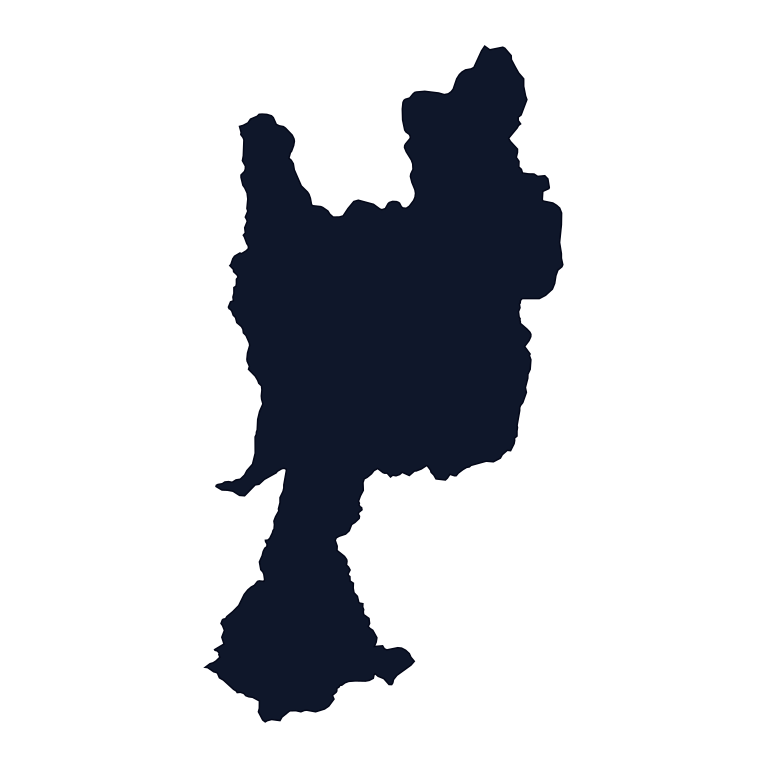 outline of Sephu, Wangdi Phodrang, Bhutan
{"feature_id": "84629894B46369829894621", "entity_name": "Sephu", "entity_type": "district", "adm_level": 2, "iso_a3": "BTN", "parent_name": "Bhutan", "parent_adm1": "Wangdi Phodrang", "projection": "mercator", "projection_center": [90.34, 27.763], "detail": "fine", "context": "isolated", "style": "filled", "palette": "ink", "viewbox_px": 768, "rotation_deg": 0, "n_neighbors": 0, "source": "geoboundaries", "source_scale": "gbopen_adm2", "svg_char_len": 6101}
<svg xmlns="http://www.w3.org/2000/svg" viewBox="0 0 768 768"><path d="M502.8,47.2L489.8,49.8L484.7,46.1L481.5,50.9L473.9,67.4L471.1,68.9L465.5,69.9L462.0,72.0L459.4,74.5L456.7,78.8L453.2,89.1L451.2,91.7L448.3,93.8L444.3,94.6L438.7,93.0L424.8,91.3L416.5,92.0L414.8,92.4L413.1,93.8L409.7,98.0L405.3,99.3L404.0,100.3L403.0,102.3L402.3,109.0L402.6,119.9L404.7,130.0L405.9,131.9L409.2,134.3L410.1,135.9L410.3,138.2L405.5,144.0L404.7,145.5L404.5,147.5L406.2,151.7L411.3,159.9L412.7,163.8L413.0,169.3L410.8,173.9L410.4,176.4L411.9,182.4L414.9,189.7L415.5,193.3L415.0,197.2L413.6,200.5L409.3,206.2L406.2,208.3L402.7,207.9L401.3,206.6L399.5,203.1L398.1,202.2L396.5,201.6L392.6,201.4L389.3,202.5L388.1,203.6L385.3,208.6L381.8,209.7L379.9,209.0L373.5,204.3L358.3,200.2L353.8,201.5L348.0,208.5L343.1,215.9L339.3,217.0L333.2,217.1L329.8,214.1L327.9,211.0L322.7,207.4L320.8,206.6L312.5,205.7L311.5,204.4L310.4,198.3L309.0,194.3L307.5,192.0L301.3,185.9L294.3,169.8L293.3,163.7L291.2,160.2L288.9,158.2L290.4,152.7L291.6,151.2L293.7,145.4L294.4,141.2L294.0,138.8L292.2,135.1L285.5,128.1L283.4,126.6L279.3,125.8L276.3,124.4L273.3,117.6L271.5,115.8L266.9,114.4L262.1,114.1L259.1,114.3L257.1,116.3L250.5,119.1L247.9,122.9L243.1,125.4L239.5,126.4L241.1,132.3L240.8,134.6L243.0,137.5L243.9,139.8L243.3,155.8L242.4,160.7L245.4,166.1L245.3,169.0L244.5,171.4L241.0,175.0L241.0,177.4L242.9,185.3L244.7,187.8L247.1,193.0L247.8,199.0L246.9,208.5L247.8,211.1L245.3,217.1L246.8,219.8L247.2,221.5L244.7,227.7L245.3,232.9L243.3,235.2L244.3,236.8L246.8,243.6L248.2,245.7L248.5,248.4L246.3,250.7L241.6,253.6L239.9,253.0L234.5,256.2L232.8,258.7L230.9,264.4L229.8,265.6L233.4,269.4L233.6,271.7L237.1,275.0L238.1,277.1L236.4,279.2L236.4,284.0L235.9,286.3L233.9,287.5L233.9,293.4L232.9,297.0L233.4,300.8L230.5,301.9L228.4,307.1L229.1,308.7L230.5,309.4L231.9,311.3L233.2,315.2L235.5,317.5L236.8,322.6L241.5,326.6L242.9,329.2L243.4,332.9L246.0,335.5L249.3,343.0L249.7,345.4L247.5,353.0L246.9,359.2L247.1,361.1L249.4,366.3L248.5,369.3L255.2,376.1L257.7,380.3L258.8,383.3L261.5,385.8L261.9,389.9L261.3,396.0L261.6,399.2L262.9,403.9L259.6,411.4L257.7,419.4L257.2,429.9L256.4,432.1L256.3,434.3L255.1,436.9L255.2,453.2L252.5,464.2L246.9,470.6L244.6,475.0L240.3,479.2L236.0,479.9L232.2,482.3L228.5,481.6L224.8,482.0L222.3,483.7L217.8,484.5L216.3,485.3L216.0,486.5L221.9,490.0L227.4,490.2L232.9,491.2L239.5,495.4L244.6,495.8L255.2,484.9L259.0,484.3L264.3,479.4L276.2,472.8L277.3,471.3L281.8,468.7L284.2,468.3L286.3,469.3L286.3,470.8L283.8,484.9L283.8,488.0L283.0,491.4L280.0,497.6L280.0,502.7L278.4,509.0L278.8,510.9L275.5,516.8L273.9,521.1L274.4,524.6L274.0,529.3L273.1,530.3L272.3,533.1L269.7,538.4L267.8,540.1L265.4,540.3L265.6,541.7L267.0,543.9L266.9,546.6L264.8,548.2L263.2,551.4L262.2,555.6L259.4,561.9L260.8,569.7L262.8,571.9L263.8,574.1L264.6,579.7L263.7,581.4L259.2,580.9L257.5,581.4L254.4,585.3L251.2,587.0L247.8,589.9L244.2,594.4L238.7,605.6L232.8,611.6L226.8,616.6L225.6,618.7L223.2,619.2L222.3,620.0L221.0,623.5L222.5,625.5L224.4,630.4L221.8,637.2L224.0,644.0L214.6,649.6L215.0,650.3L217.4,651.0L219.2,653.1L218.8,654.6L219.9,657.2L215.8,661.1L213.1,662.8L210.0,663.7L205.2,667.3L207.6,667.6L213.7,671.8L216.4,672.5L217.5,673.3L219.4,677.8L223.4,680.1L233.6,689.4L236.2,691.0L237.2,692.6L240.4,692.3L243.8,693.4L245.8,695.7L248.8,696.8L252.6,697.3L259.4,700.9L259.3,708.4L258.4,711.8L262.7,720.0L265.2,721.9L267.2,720.7L271.6,719.5L280.0,720.6L282.0,717.1L289.4,711.1L290.4,710.8L296.0,710.7L300.9,711.8L304.5,710.4L306.8,710.2L315.6,711.8L324.6,709.0L328.8,706.1L334.0,699.1L332.4,695.4L336.1,692.3L336.8,691.0L336.9,688.3L338.9,687.2L340.0,685.3L341.8,685.2L345.0,682.8L348.7,681.4L355.4,680.9L365.5,681.1L369.3,680.4L373.3,678.3L374.0,674.9L375.1,673.7L378.1,676.3L383.8,678.6L389.0,684.5L391.7,684.6L392.8,682.9L393.5,679.6L396.9,675.3L411.0,665.1L414.3,661.3L410.9,657.2L409.3,653.6L405.6,650.2L401.6,648.1L397.7,647.7L386.8,649.9L384.3,648.7L382.6,645.8L374.3,646.5L376.2,642.1L376.9,637.7L372.8,630.3L369.7,628.2L368.2,626.4L369.6,623.5L369.0,618.4L363.7,614.6L363.3,611.8L363.7,609.6L362.7,607.0L362.9,603.7L359.7,603.1L358.8,602.4L357.4,596.3L354.0,592.7L353.2,588.0L353.4,583.2L350.1,581.0L349.9,576.5L348.6,575.6L348.1,574.0L350.1,570.0L348.5,567.0L346.5,565.1L347.0,561.2L346.7,559.6L344.5,556.4L337.0,550.4L337.2,546.1L335.2,540.3L336.3,537.8L339.2,536.2L345.6,534.1L349.2,530.8L351.7,524.5L355.0,522.4L359.2,518.4L359.5,516.2L358.4,514.3L358.6,512.6L362.0,509.8L361.6,507.6L360.2,506.8L359.0,504.9L359.4,503.2L358.5,501.2L360.4,495.9L363.3,490.4L363.0,482.6L364.2,478.9L367.1,477.4L371.5,473.8L373.9,470.7L377.7,468.5L383.0,472.6L384.6,473.2L387.2,473.2L390.5,477.0L392.7,475.2L396.0,475.8L399.7,474.5L402.2,472.3L409.3,475.5L414.5,471.0L416.1,471.0L421.3,469.0L426.5,465.6L427.4,465.9L430.5,470.1L431.1,472.3L433.8,475.0L436.0,478.9L445.4,480.0L447.4,478.1L449.9,474.3L454.6,475.8L456.2,475.7L458.3,473.1L462.8,469.7L466.6,467.4L469.4,466.9L471.0,465.4L486.2,461.2L493.4,461.8L500.4,458.1L502.3,454.7L507.3,450.3L510.6,450.7L514.1,443.7L514.7,440.4L514.5,438.2L517.0,436.1L517.0,431.0L517.5,427.6L517.1,425.4L519.7,410.6L519.7,407.8L520.4,405.7L522.8,402.6L526.4,392.4L525.4,387.5L527.8,378.3L527.9,374.3L530.2,369.3L530.9,359.7L529.4,355.5L530.1,354.0L524.6,346.5L529.0,340.7L530.8,336.7L530.9,334.3L529.9,332.2L526.9,329.0L520.4,323.4L520.3,321.1L519.7,320.0L520.2,318.9L519.1,316.9L518.5,311.6L520.0,307.8L519.4,304.0L520.2,303.1L520.5,300.4L522.2,298.6L539.3,298.6L545.6,295.3L552.4,289.1L554.7,283.4L555.9,275.7L557.9,270.1L561.9,266.8L562.8,264.7L561.4,258.2L561.4,253.7L559.6,242.5L561.4,224.8L561.6,213.0L559.7,208.1L556.6,205.3L552.9,203.0L543.1,201.0L542.3,199.6L542.8,191.4L548.9,188.6L549.3,187.5L547.9,178.9L544.8,175.7L537.7,176.4L534.0,174.0L528.6,173.9L522.5,173.0L521.4,169.3L518.8,166.9L519.0,161.3L516.3,157.4L517.5,152.3L517.5,149.1L510.4,141.4L508.6,138.3L517.2,127.9L518.5,125.5L520.6,123.9L518.3,120.6L518.2,117.2L521.1,115.0L526.9,99.6L525.6,96.0L523.7,86.3L523.7,78.8L518.7,73.0L515.2,66.8L511.4,59.6L511.2,55.6L504.8,48.2L502.8,47.2Z" fill="#0f172a" stroke="#020617" stroke-width="1.5"/></svg>